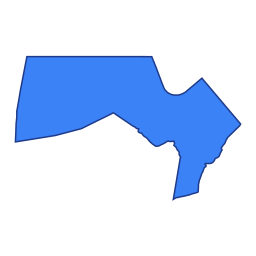 Suba North, Nyanza, Kenya
{"feature_id": "3690345B53890832325743", "entity_name": "Suba North", "entity_type": "district", "adm_level": 2, "iso_a3": "KEN", "parent_name": "Kenya", "parent_adm1": "Nyanza", "projection": "albers", "projection_center": [34.283, -0.505], "detail": "fine", "context": "isolated", "style": "filled", "palette": "blue", "viewbox_px": 256, "rotation_deg": 0, "n_neighbors": 0, "source": "geoboundaries", "source_scale": "gbopen_adm2", "svg_char_len": 2822}
<svg xmlns="http://www.w3.org/2000/svg" viewBox="0 0 256 256"><path d="M26.9,56.6L20.3,90.9L19.1,98.2L17.8,105.7L16.8,111.2L16.8,116.7L16.1,124.0L15.8,133.9L15.4,141.9L55.3,135.5L61.7,133.8L67.1,132.4L81.5,128.6L86.1,126.3L96.4,121.2L105.2,116.9L113.4,112.8L132.7,125.9L133.9,126.5L134.9,127.1L135.7,127.4L136.1,128.2L136.9,128.6L138.6,128.7L138.5,129.8L138.2,130.7L138.2,131.5L138.9,132.4L139.9,132.8L140.7,133.1L141.8,133.2L142.2,134.1L143.1,135.3L144.3,136.4L146.9,138.0L148.7,140.3L149.9,141.7L152.4,143.9L155.6,146.2L157.2,146.2L158.7,146.0L160.1,145.3L161.8,144.4L162.8,144.0L164.5,143.1L166.0,142.2L167.1,141.4L168.1,141.0L168.7,141.3L169.5,141.4L170.4,141.5L171.4,141.5L172.3,141.3L173.2,141.2L173.9,141.2L174.0,141.7L174.1,142.2L174.4,142.9L174.6,143.5L174.2,144.4L173.9,145.4L174.5,145.9L174.9,146.3L175.8,146.9L176.3,147.9L176.8,148.9L177.1,149.5L177.3,149.9L177.7,150.2L178.0,150.5L178.3,151.0L178.8,151.6L179.2,152.5L179.1,153.6L179.2,154.3L179.3,155.0L179.6,155.5L179.9,155.9L180.3,156.7L180.7,157.5L180.1,158.3L179.8,160.7L173.3,199.4L176.1,197.7L177.7,197.5L179.2,197.1L181.1,196.7L182.2,196.5L183.2,196.3L184.2,196.1L185.7,195.8L187.3,195.3L188.6,195.1L190.2,194.6L191.3,194.1L192.4,193.8L193.4,193.5L194.8,193.2L196.3,192.7L198.0,192.1L198.3,190.7L198.3,189.1L198.4,187.6L198.5,186.1L198.4,184.9L198.6,183.8L199.0,182.2L199.3,180.5L199.5,179.9L199.7,179.4L200.2,178.3L200.5,177.2L201.1,175.6L201.5,174.5L201.8,173.4L202.7,172.0L203.3,170.3L203.7,169.1L204.3,167.6L204.7,167.3L205.8,166.7L206.1,165.4L205.7,165.0L205.0,164.0L205.5,163.4L206.5,163.5L206.9,163.5L207.3,163.5L208.4,163.5L208.8,163.5L209.5,163.5L210.8,163.4L211.9,162.9L212.3,162.7L212.6,162.5L213.4,161.8L214.1,160.9L214.7,159.7L215.3,158.5L216.2,158.1L217.2,157.7L217.6,157.5L218.0,157.2L218.9,156.5L219.4,155.5L219.6,155.0L219.7,154.7L220.1,153.8L220.3,153.2L220.6,152.7L221.0,152.0L221.3,151.2L221.6,150.6L222.1,150.0L221.9,149.6L221.3,148.7L221.5,147.8L222.0,146.8L222.8,145.7L223.1,145.3L223.4,144.9L224.6,143.6L225.1,142.7L225.4,141.8L225.8,141.0L226.3,139.8L226.9,138.8L227.5,137.6L238.6,126.8L239.7,125.7L240.6,124.0L236.3,118.9L225.3,105.9L201.9,78.2L198.5,81.1L191.4,87.1L189.2,88.9L185.7,91.9L185.0,92.4L184.2,92.8L183.0,93.5L181.7,94.0L181.2,94.2L180.6,94.4L179.7,94.7L179.3,94.8L178.9,94.9L177.5,95.1L176.1,95.1L174.5,95.1L173.7,95.0L173.4,94.9L172.4,94.7L171.4,94.5L170.4,94.1L169.1,93.4L168.0,92.8L166.9,91.9L166.3,91.2L166.0,90.9L165.7,90.6L164.8,89.6L164.2,88.5L163.6,87.2L161.5,81.9L160.7,79.6L159.7,77.0L158.5,73.9L156.2,67.7L155.2,65.2L155.0,64.8L154.8,64.3L154.4,63.2L154.0,62.1L153.6,61.3L153.3,60.5L153.0,59.8L152.6,58.8L152.3,57.9L152.1,57.5L151.8,56.7L139.1,56.6L113.6,56.6L110.7,56.6L108.4,56.6L97.4,56.6L88.9,56.6L67.3,56.6L40.5,56.6L28.2,56.6L26.9,56.6Z" fill="#3b82f6" stroke="#1e3a8a" stroke-width="1.5"/></svg>